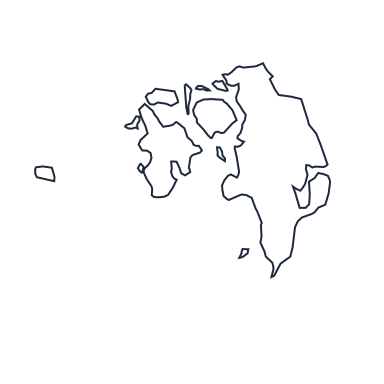 map outline of Denmark (Mercator projection), rotated 157°
{"feature_id": "DNK", "entity_name": "Denmark", "entity_type": "country or territory", "adm_level": 0, "iso_a3": "DNK", "parent_name": "Europe", "parent_adm1": "", "projection": "mercator", "projection_center": [10.731, 56.183], "detail": "fine", "context": "isolated", "style": "outline", "palette": "slate", "viewbox_px": 384, "rotation_deg": 157, "n_neighbors": 0, "source": "natural_earth", "source_scale": "50m", "svg_char_len": 3686}
<svg xmlns="http://www.w3.org/2000/svg" viewBox="0 0 384 384"><g transform="rotate(157 192 192)"><path d="M118.1,287.9L117.5,287.9L115.0,287.3L113.3,285.9L108.7,286.9L102.6,289.3L99.2,289.1L96.4,286.6L85.4,283.1L83.6,282.8L76.3,282.7L75.9,277.0L75.0,273.0L72.5,266.9L76.3,265.4L75.5,253.6L74.2,247.4L63.6,241.1L55.2,234.9L57.2,213.9L58.0,208.3L54.8,197.2L55.2,184.5L56.5,164.3L59.1,163.5L61.1,163.6L68.6,167.2L71.7,167.6L73.8,170.8L76.3,172.1L78.2,168.7L78.9,162.8L84.8,155.1L89.0,152.3L91.8,150.9L94.7,154.0L96.9,157.5L97.4,149.9L99.1,135.3L93.5,133.0L88.9,135.0L84.3,144.3L80.3,155.8L73.7,156.9L68.4,160.2L63.6,156.8L60.6,153.8L60.5,149.4L61.2,146.8L66.8,137.3L74.3,128.2L81.8,128.3L87.3,125.3L90.6,125.0L100.9,125.6L106.1,123.6L110.9,119.4L121.1,101.6L126.8,94.1L138.4,91.5L149.1,82.8L152.1,82.7L147.1,89.2L146.3,91.7L145.7,95.5L149.3,103.8L148.5,108.8L148.8,118.7L145.4,123.8L141.5,134.6L139.9,136.2L139.5,148.9L139.9,151.9L139.3,163.3L143.3,168.0L147.5,170.4L161.4,170.3L162.8,172.3L164.5,175.9L163.3,181.8L161.8,186.3L157.7,190.1L152.6,192.9L149.4,193.0L145.0,187.7L142.9,189.4L140.8,192.1L137.2,206.7L135.4,216.4L134.5,217.2L132.5,215.8L129.0,215.7L124.5,218.0L126.8,220.1L129.2,223.7L128.2,225.5L124.3,227.4L120.9,231.3L119.4,234.3L115.0,237.8L112.3,242.2L113.6,247.7L114.2,252.5L115.4,257.9L114.3,262.1L108.9,268.1L106.9,273.4L111.6,273.3L114.4,274.5L116.1,276.1L117.8,278.3L116.8,281.0L118.1,287.9ZM228.7,222.0L228.8,229.0L227.8,231.0L226.3,232.3L222.4,233.7L219.0,235.7L216.0,239.2L214.9,244.1L217.3,247.7L221.6,249.7L222.6,256.5L219.1,259.9L210.0,263.2L209.1,271.3L209.4,277.7L209.2,282.3L208.5,288.6L201.1,291.5L196.4,281.8L196.3,278.0L194.9,273.4L194.6,269.5L193.0,263.3L186.0,261.6L183.3,261.4L179.5,262.6L178.6,262.1L174.1,253.6L174.8,244.1L172.4,239.4L172.1,237.2L172.1,234.8L170.1,232.8L167.7,231.8L166.6,226.4L169.3,225.1L176.2,225.8L178.2,225.4L180.0,224.3L185.5,215.5L185.4,213.5L186.0,211.0L191.9,210.0L194.6,213.5L194.1,218.9L194.4,225.9L198.0,227.8L199.4,228.1L201.0,222.9L202.0,220.4L203.4,219.0L203.9,214.3L203.1,211.4L201.3,209.3L208.0,203.4L215.1,198.7L219.1,198.5L223.2,199.6L227.1,201.2L229.1,202.5L230.3,204.7L227.7,209.9L227.0,212.7L228.7,222.0ZM153.5,234.2L155.1,237.8L157.1,245.5L160.3,254.0L159.0,257.6L159.9,262.2L159.0,267.0L152.7,272.5L145.6,272.7L138.2,270.1L127.8,264.9L127.0,262.0L125.6,260.4L122.8,251.6L122.8,240.7L128.1,239.3L139.5,234.1L142.1,234.9L144.9,237.6L148.0,237.8L152.6,234.0L153.5,234.2ZM181.5,283.5L188.4,287.7L193.1,287.4L196.3,289.2L197.1,291.9L197.3,297.8L194.0,299.6L190.3,299.0L185.3,301.3L168.8,291.5L169.0,283.3L169.7,280.1L177.5,279.4L181.5,283.5ZM327.2,274.6L325.8,275.7L319.3,273.8L311.5,269.1L312.6,259.8L314.6,255.8L329.0,266.2L329.2,270.1L327.2,274.6ZM157.0,293.0L155.3,293.4L152.9,287.9L152.6,286.2L155.4,282.7L157.2,278.7L161.8,272.5L164.5,265.3L165.5,265.4L164.3,271.8L158.2,289.7L157.0,293.0ZM130.7,283.8L126.6,284.8L124.5,283.1L120.7,282.5L119.3,272.0L119.7,271.4L121.7,272.1L128.2,277.0L130.5,282.3L130.7,283.8ZM228.0,278.4L226.5,279.4L220.5,278.7L213.7,283.4L211.1,281.9L212.1,278.9L212.8,277.8L215.1,276.5L216.6,274.6L217.2,271.7L218.6,273.3L222.8,273.9L224.9,274.9L226.6,276.3L228.0,278.4ZM152.0,222.2L151.4,223.4L148.9,222.1L148.6,217.6L149.6,213.6L148.5,209.9L149.7,207.6L153.2,213.0L154.2,215.6L152.8,218.6L152.0,222.2ZM169.4,118.0L167.8,119.7L162.5,117.3L164.8,113.9L170.7,112.4L174.2,112.9L170.4,116.2L169.4,118.0ZM147.2,286.5L144.6,287.2L141.6,285.7L136.7,280.1L136.1,278.6L138.7,279.6L141.9,282.5L144.5,283.1L148.0,285.6L147.2,286.5ZM232.5,235.1L228.8,238.0L228.0,237.9L226.8,233.9L228.8,231.4L229.9,229.3L230.7,229.4L231.9,231.6L232.5,235.1Z" fill="none" stroke="#1e293b" stroke-width="2"/></g></svg>